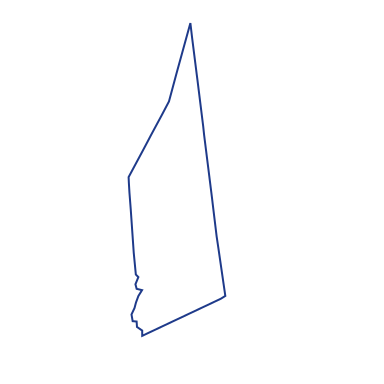 Calçado, Pernambuco, Brazil, rotated 26°
{"feature_id": "56859067B28501117659936", "entity_name": "Calçado", "entity_type": "district", "adm_level": 2, "iso_a3": "BRA", "parent_name": "Brazil", "parent_adm1": "Pernambuco", "projection": "equal_earth", "projection_center": [-36.33, -8.734], "detail": "fine", "context": "isolated", "style": "outline", "palette": "blue", "viewbox_px": 384, "rotation_deg": 26, "n_neighbors": 0, "source": "geoboundaries", "source_scale": "gbopen_adm2", "svg_char_len": 664}
<svg xmlns="http://www.w3.org/2000/svg" viewBox="0 0 384 384"><g transform="rotate(26 192 192)"><path d="M210.3,343.1L264.7,275.3L267.5,270.8L240.4,231.0L233.6,221.1L216.2,194.2L212.6,188.6L195.9,163.0L192.3,157.5L177.8,135.3L173.3,128.1L161.9,110.6L147.9,89.1L145.2,85.0L124.4,53.2L116.5,40.9L125.9,91.2L131.6,120.7L131.1,136.9L130.7,146.7L130.2,159.1L130.0,166.3L129.6,177.9L128.5,206.4L131.1,211.2L136.0,219.9L144.4,234.2L166.3,272.2L177.7,290.8L181.1,292.0L181.6,299.7L184.7,303.3L190.1,302.1L189.4,309.0L190.1,315.9L191.2,321.5L191.3,328.6L195.3,334.1L199.0,332.7L201.7,337.4L208.0,338.4L210.3,343.1Z" fill="none" stroke="#1e3a8a" stroke-width="2"/></g></svg>